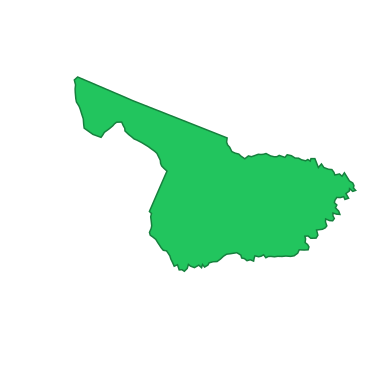 Janiópolis, Paraná, Brazil (Albers equal-area conic projection), rotated 112°
{"feature_id": "56859067B85579838513622", "entity_name": "Janiópolis", "entity_type": "district", "adm_level": 2, "iso_a3": "BRA", "parent_name": "Brazil", "parent_adm1": "Paraná", "projection": "albers", "projection_center": [-52.807, -24.153], "detail": "fine", "context": "isolated", "style": "filled", "palette": "green", "viewbox_px": 384, "rotation_deg": 112, "n_neighbors": 0, "source": "geoboundaries", "source_scale": "gbopen_adm2", "svg_char_len": 2441}
<svg xmlns="http://www.w3.org/2000/svg" viewBox="0 0 384 384"><g transform="rotate(112 192 192)"><path d="M267.5,180.7L264.9,178.2L269.0,174.7L267.8,172.2L268.4,169.4L264.7,167.8L260.5,168.2L261.3,165.7L261.2,161.4L257.3,158.3L258.6,154.8L255.3,155.1L256.9,152.2L253.8,149.9L251.3,149.6L248.8,146.4L247.1,142.7L243.5,140.5L239.8,138.8L236.7,136.6L234.8,133.2L231.5,127.7L232.2,123.1L234.6,121.2L234.1,118.5L235.1,115.3L233.0,112.6L233.0,109.0L230.0,109.6L227.6,109.7L227.1,106.0L225.6,103.8L223.4,102.1L225.3,98.9L223.2,97.1L222.1,94.6L221.2,91.3L219.5,88.4L218.0,84.3L216.2,81.0L214.8,76.5L212.9,73.4L209.2,71.1L205.4,70.9L203.8,66.3L202.1,62.7L199.1,63.0L197.4,65.2L196.5,68.2L193.0,69.1L190.7,70.8L189.3,67.9L190.4,64.5L188.3,59.7L184.9,59.1L180.6,62.3L177.7,57.1L175.3,55.0L172.9,54.3L169.8,57.0L166.9,58.0L167.0,53.8L166.0,50.8L163.3,50.1L161.3,52.4L158.7,53.4L158.4,49.7L157.4,46.5L154.8,48.8L152.9,53.1L149.8,52.8L148.6,56.0L146.2,56.4L142.8,55.7L141.6,52.3L139.5,49.6L141.6,47.4L139.1,44.5L135.8,48.7L132.2,46.5L129.9,47.2L131.2,43.2L129.2,40.9L127.8,43.8L125.3,44.3L123.4,46.4L122.8,50.1L117.1,57.9L121.2,58.8L120.0,62.0L122.7,65.9L120.6,67.8L118.8,70.7L119.8,74.0L119.9,78.9L117.5,82.5L122.0,84.0L117.7,88.0L115.0,90.6L116.5,94.2L119.1,94.0L118.5,96.8L120.5,98.3L121.1,102.6L120.7,105.8L121.9,109.1L121.1,113.5L121.8,117.7L125.1,118.8L125.4,124.9L127.4,126.4L128.5,128.8L129.1,132.7L128.6,137.8L130.2,139.8L131.4,142.1L132.2,144.7L135.0,147.8L137.0,150.1L137.4,153.2L141.4,155.5L140.4,160.1L139.3,162.8L139.8,166.6L139.6,170.2L136.4,173.8L135.1,176.5L132.8,178.6L128.7,179.7L129.0,222.0L129.5,281.5L129.3,287.8L128.2,341.1L132.2,343.1L136.3,340.1L140.2,339.0L143.7,337.4L148.8,334.8L151.8,332.9L154.9,328.7L156.8,326.9L161.1,323.4L164.9,320.2L169.8,317.8L173.2,315.9L175.7,305.4L175.4,296.8L173.1,296.2L169.5,295.6L164.2,292.3L160.4,290.3L157.8,289.4L155.5,288.0L153.5,283.4L156.2,280.6L158.1,278.2L160.5,277.0L162.4,272.3L163.4,268.8L164.5,265.6L164.5,262.9L165.0,257.3L165.8,252.4L166.3,249.4L167.2,246.1L168.2,241.9L169.3,239.0L174.4,233.3L177.3,231.8L179.2,229.9L180.6,226.8L182.0,223.0L187.4,223.2L205.8,223.7L209.7,223.8L226.0,224.2L227.1,221.5L230.5,221.0L234.8,218.6L238.4,216.7L241.1,216.2L245.4,216.3L247.7,214.5L248.3,211.8L249.5,207.8L252.0,204.4L253.4,202.3L255.2,199.8L256.8,196.8L256.1,193.6L257.8,191.0L259.5,188.6L262.0,186.6L264.3,184.0L267.5,180.7Z" fill="#22c55e" stroke="#15803d" stroke-width="1.5"/></g></svg>